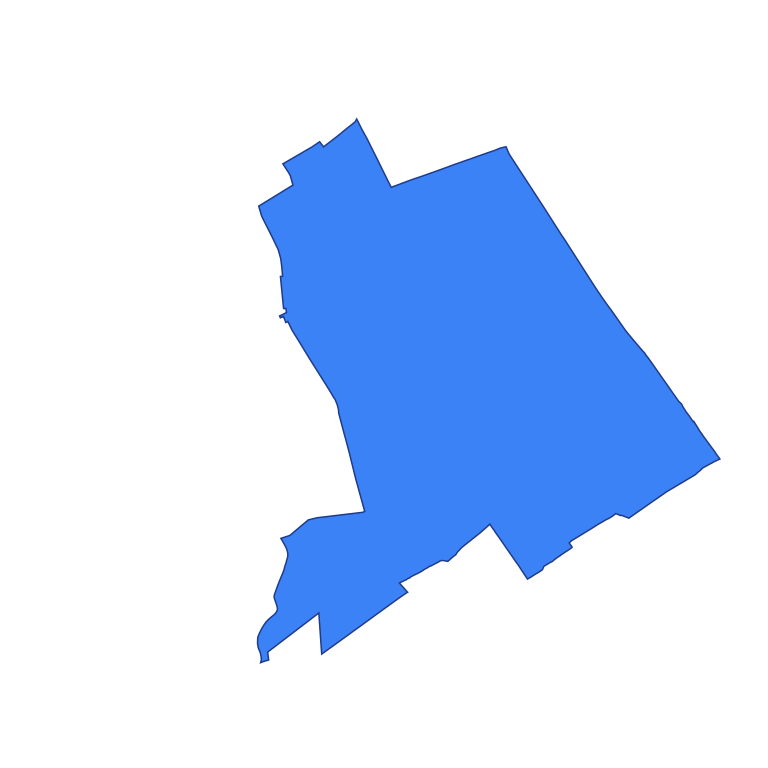 the district of Tulucesti, Galati, Romania, rotated 149°
{"feature_id": "2599482B61221662253348", "entity_name": "Tulucesti", "entity_type": "district", "adm_level": 2, "iso_a3": "ROU", "parent_name": "Romania", "parent_adm1": "Galati", "projection": "albers", "projection_center": [28.035, 45.59], "detail": "fine", "context": "isolated", "style": "filled", "palette": "blue", "viewbox_px": 768, "rotation_deg": 149, "n_neighbors": 0, "source": "geoboundaries", "source_scale": "gbopen_adm2", "svg_char_len": 4191}
<svg xmlns="http://www.w3.org/2000/svg" viewBox="0 0 768 768"><g transform="rotate(149 384 384)"><path d="M551.9,304.8L551.9,304.1L551.9,301.7L552.0,298.3L552.2,294.5L552.5,292.4L553.1,290.2L553.7,288.5L554.5,287.0L555.4,285.7L557.1,284.0L558.2,283.1L559.9,281.3L561.7,279.8L563.1,278.6L565.4,276.3L568.1,274.1L571.4,271.7L575.6,268.6L579.1,265.9L582.7,262.9L584.4,261.5L585.8,260.4L586.9,259.4L587.7,258.4L588.2,257.2L588.6,255.8L589.3,252.4L590.0,249.3L590.7,247.1L591.6,245.5L592.6,244.6L594.8,243.5L597.1,242.8L600.9,242.3L604.2,241.7L607.6,240.8L611.2,239.2L615.2,237.1L619.5,234.3L622.6,231.9L624.1,229.8L626.1,226.6L627.5,223.1L627.9,221.3L628.2,218.8L628.5,217.3L629.1,215.5L629.8,213.4L631.3,210.6L633.3,208.7L632.3,208.5L630.9,208.3L628.0,207.6L625.0,206.8L621.8,214.1L609.4,215.5L604.0,216.1L557.8,221.3L566.2,204.8L570.5,196.4L576.5,184.6L559.5,186.0L487.3,192.3L478.6,193.0L471.0,193.4L471.1,193.6L473.3,205.5L467.6,205.0L466.1,204.8L464.8,204.8L464.0,204.9L463.6,204.8L463.2,204.8L462.2,204.6L461.7,204.6L461.4,204.9L460.3,204.8L458.5,204.8L454.4,204.5L453.1,204.3L451.2,204.2L449.7,204.1L447.9,204.1L446.6,204.1L445.2,204.3L444.2,204.3L442.9,204.2L441.5,204.1L440.4,204.1L438.8,204.3L437.8,203.9L433.7,203.7L429.6,203.4L429.1,203.4L427.3,203.4L426.0,203.2L424.8,202.6L422.7,201.0L420.9,199.2L420.2,199.1L413.8,200.4L410.3,200.7L409.2,201.3L407.9,202.0L404.3,203.0L403.2,203.4L401.8,203.7L400.8,203.9L395.7,204.6L378.2,206.9L370.0,208.4L369.4,208.5L367.0,209.0L365.5,209.4L365.5,208.4L365.0,201.8L364.9,199.0L364.4,193.0L363.4,176.6L362.9,169.5L362.6,164.0L362.2,160.1L362.0,154.7L361.5,142.9L357.3,142.8L355.7,142.9L351.9,143.0L349.0,142.9L343.9,143.2L340.9,145.3L339.2,145.4L332.9,145.4L332.1,145.2L331.2,145.2L330.3,145.3L329.4,145.5L324.4,146.1L320.9,146.1L320.1,146.4L319.2,146.4L316.9,146.5L314.4,146.6L313.5,146.6L311.7,146.7L310.7,146.7L308.8,146.9L307.0,147.1L306.8,147.2L306.7,147.7L307.1,152.1L307.1,152.3L304.7,153.0L302.2,153.1L301.0,153.1L300.0,153.1L298.6,153.1L295.5,153.1L287.8,153.2L281.5,153.2L278.0,153.3L274.5,153.4L272.8,153.4L270.6,153.4L269.0,153.3L267.3,153.3L266.7,153.3L265.8,153.3L265.2,153.3L264.5,153.3L263.8,153.3L263.1,153.3L262.6,153.2L262.0,153.2L261.6,153.1L261.2,153.0L260.5,153.0L259.8,153.0L256.9,153.0L256.3,153.0L254.7,153.3L253.2,153.4L252.5,153.4L252.1,153.6L248.9,149.3L248.2,149.3L243.2,142.9L216.2,144.8L197.0,146.1L164.1,145.9L159.4,146.8L157.4,147.0L154.0,147.9L149.2,147.7L140.5,147.3L134.7,146.7L135.0,150.0L135.3,153.2L135.3,155.5L136.0,162.3L137.2,175.2L137.3,178.3L137.6,180.7L137.6,185.4L137.6,187.5L137.7,189.6L137.7,192.5L138.4,192.6L138.6,195.7L138.8,199.4L139.1,201.9L139.4,204.7L139.5,210.1L139.4,211.8L139.3,213.7L139.6,215.0L140.3,217.3L141.1,227.6L141.6,235.7L142.2,243.9L144.0,269.1L144.5,273.2L144.7,277.0L145.1,278.3L145.3,279.3L147.7,293.8L149.4,305.2L151.0,328.2L151.9,337.6L152.5,345.4L153.0,354.8L153.3,362.9L153.8,380.3L154.3,397.9L154.8,415.3L155.1,419.6L156.0,452.8L156.8,475.0L158.2,513.9L158.2,517.4L157.2,524.5L162.7,526.3L162.8,526.3L169.2,527.3L177.0,529.0L210.6,535.9L223.8,538.4L244.2,542.5L251.4,544.1L254.3,544.7L254.7,544.8L261.0,546.0L271.9,548.0L274.2,548.5L275.1,548.6L276.5,548.7L276.3,551.5L276.0,556.2L275.3,564.5L274.0,579.6L273.4,587.9L272.2,602.6L271.8,613.7L270.9,625.2L273.8,623.6L287.3,621.8L292.2,621.0L300.9,619.9L312.0,618.6L313.7,618.4L314.4,624.8L323.5,624.3L357.3,624.8L356.9,613.8L357.0,611.9L357.0,610.9L359.6,601.4L360.0,601.4L370.4,601.3L389.1,601.1L399.8,601.0L401.4,594.8L402.3,591.4L402.8,587.1L402.8,586.3L403.1,582.1L404.1,568.8L404.4,565.2L405.5,553.5L408.0,544.6L411.0,537.7L415.4,528.6L417.4,529.5L431.1,500.7L431.0,500.1L429.2,499.4L430.8,495.5L438.5,496.1L438.7,494.1L435.8,493.9L436.0,492.9L435.5,492.7L436.5,487.3L434.2,487.1L434.4,486.5L434.5,483.5L434.8,481.4L435.1,477.0L434.9,462.1L434.8,443.6L434.1,412.3L434.0,404.2L434.1,398.3L433.9,398.2L433.9,395.9L434.7,390.7L435.9,386.5L436.5,384.8L437.7,382.8L444.4,359.7L445.1,357.0L445.8,354.6L448.9,343.9L449.4,342.2L456.8,318.3L466.2,284.6L468.6,285.1L489.5,294.5L500.9,299.6L505.5,301.7L510.2,303.8L518.9,306.5L542.6,302.7L544.1,303.0L551.9,304.8Z" fill="#3b82f6" stroke="#1e3a8a" stroke-width="1.5"/></g></svg>